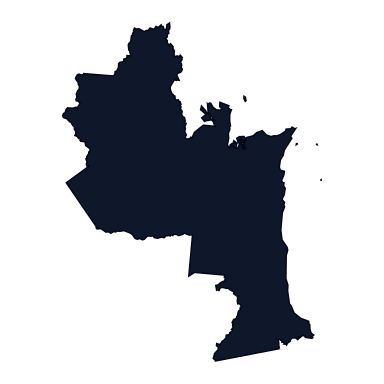 Lockhart River, Queensland, Australia (orthographic projection)
{"feature_id": "25037944B30530613092043", "entity_name": "Lockhart River", "entity_type": "district", "adm_level": 2, "iso_a3": "AUS", "parent_name": "Australia", "parent_adm1": "Queensland", "projection": "orthographic", "projection_center": [143.259, -13.018], "detail": "fine", "context": "isolated", "style": "filled", "palette": "ink", "viewbox_px": 384, "rotation_deg": 0, "n_neighbors": 0, "source": "geoboundaries", "source_scale": "gbopen_adm2", "svg_char_len": 5969}
<svg xmlns="http://www.w3.org/2000/svg" viewBox="0 0 384 384"><path d="M313.7,335.1L311.4,333.3L310.7,331.9L309.9,328.8L309.7,324.4L308.9,323.8L308.7,321.3L300.7,318.3L294.1,313.0L291.0,305.7L289.4,303.8L287.6,290.7L287.9,285.1L285.9,278.8L286.2,255.6L287.7,250.1L287.1,247.3L282.0,239.8L280.8,230.3L282.3,212.8L284.6,206.6L283.8,205.1L284.5,202.3L282.4,200.0L282.1,198.8L284.2,194.7L285.2,188.3L283.6,185.7L284.0,182.9L282.8,182.8L281.5,180.5L283.8,175.1L284.4,171.3L280.2,170.2L279.3,166.9L280.4,159.8L283.1,155.5L284.3,150.0L291.6,138.7L291.8,138.2L290.7,137.3L291.0,135.5L295.7,128.5L294.9,128.8L292.0,127.1L290.9,128.8L286.1,129.1L285.4,131.3L280.2,134.7L276.7,135.9L273.8,135.8L271.1,136.6L266.3,135.0L262.3,130.7L256.7,132.6L253.2,135.8L246.7,137.5L244.1,144.6L245.8,148.2L245.3,149.3L243.5,149.2L241.9,148.1L242.2,144.4L241.4,143.7L239.2,144.7L238.4,147.0L236.2,148.9L232.6,146.0L230.2,146.0L229.7,148.2L229.1,147.5L228.4,147.7L228.7,146.7L227.3,145.2L228.7,138.6L228.3,133.3L229.9,129.3L229.6,126.9L230.5,125.9L229.7,121.2L229.7,114.3L231.4,109.8L229.9,109.8L229.6,108.7L228.1,108.3L228.8,105.7L219.9,102.3L219.7,106.8L221.3,107.4L221.0,110.1L216.5,109.9L212.9,107.1L210.7,103.2L209.5,103.0L207.8,104.4L207.5,104.0L208.1,111.8L212.9,117.9L212.3,119.1L214.5,120.3L213.4,120.8L212.8,120.0L211.9,120.2L213.6,122.1L214.7,126.3L203.4,125.2L194.5,132.3L191.8,138.3L191.6,137.5L190.7,137.2L190.0,138.4L186.6,139.3L185.2,137.4L186.3,134.9L184.7,131.5L185.4,128.3L184.8,126.9L186.1,123.4L184.3,123.0L185.2,121.1L184.6,117.8L183.8,117.0L182.9,116.9L181.5,114.4L182.2,111.7L181.2,109.9L180.2,109.6L181.0,106.8L180.1,105.5L181.0,104.3L180.0,101.6L178.9,101.5L178.4,99.8L176.6,100.2L175.2,99.1L174.9,96.1L173.6,95.6L173.1,94.5L172.0,93.9L170.3,89.5L170.1,86.9L173.9,80.5L174.8,79.7L176.4,80.5L177.1,79.9L179.1,80.3L176.7,75.0L177.6,73.4L180.6,72.3L181.9,70.5L182.2,68.8L181.1,67.6L181.7,65.4L181.3,63.3L180.2,62.7L182.1,59.3L181.8,58.1L182.3,57.5L180.5,55.5L180.5,56.2L179.9,56.5L179.6,56.0L178.9,56.7L178.4,56.3L177.7,56.9L177.1,55.9L174.9,56.8L173.9,54.1L174.4,50.8L172.6,47.9L173.2,46.9L170.6,43.7L169.4,45.0L168.5,44.4L167.1,42.6L167.3,40.5L165.1,38.4L167.0,37.5L167.6,33.9L168.7,33.4L168.6,29.9L169.6,29.0L169.9,27.2L169.5,23.0L166.8,24.9L166.9,26.5L165.9,30.0L163.9,29.2L163.2,26.5L161.5,26.1L161.1,24.9L158.2,27.6L156.1,26.4L154.0,29.4L150.1,28.0L148.1,30.4L146.1,30.6L144.3,31.7L138.9,28.7L136.6,29.1L134.4,28.1L133.5,30.3L133.6,32.6L132.6,33.2L132.7,34.7L131.5,35.8L130.7,41.7L128.8,43.5L128.3,45.0L128.8,49.9L129.7,51.2L130.6,55.1L129.6,55.9L127.0,55.6L127.0,57.5L126.3,58.4L123.7,59.2L123.9,61.6L120.0,62.3L118.6,63.6L118.5,67.5L117.2,69.7L117.3,70.7L115.1,71.6L115.1,73.5L113.6,76.0L83.8,73.6L83.8,74.3L81.4,75.1L79.2,74.2L77.5,74.6L76.1,76.9L75.5,78.7L78.3,82.7L78.3,84.4L79.6,86.5L79.0,89.5L77.7,90.8L76.3,94.1L77.0,97.1L75.9,99.5L76.3,100.9L78.4,101.1L80.0,103.6L77.9,106.7L77.4,109.1L76.1,107.2L73.0,108.2L67.4,107.9L66.1,109.4L65.1,112.8L63.6,113.4L62.7,115.5L63.4,117.5L67.6,119.1L68.1,120.3L69.2,120.7L69.3,121.7L70.9,122.0L72.7,125.4L74.4,126.8L74.3,129.3L75.9,131.2L75.7,134.0L74.9,135.5L77.2,136.4L78.8,138.5L80.6,138.9L80.1,140.5L80.7,141.2L84.5,141.7L86.5,141.3L85.1,142.4L85.7,145.6L90.1,148.7L89.8,151.4L88.8,151.9L88.7,153.6L86.7,156.7L87.0,158.3L85.9,158.8L87.2,162.1L86.4,163.5L86.7,165.8L89.0,166.2L66.3,182.8L96.8,227.4L96.2,227.9L97.0,228.9L101.0,228.6L105.9,232.1L108.6,231.9L111.0,233.2L113.7,231.5L115.3,232.0L117.7,231.0L119.8,231.3L124.0,230.6L130.4,233.1L132.4,234.6L135.1,238.4L137.5,239.3L139.1,238.4L142.5,239.8L144.2,239.3L146.9,236.5L149.0,235.9L151.0,236.2L152.7,235.7L154.5,237.7L157.5,238.2L161.6,237.2L164.1,237.7L166.3,235.6L167.7,235.8L168.2,235.2L170.3,236.0L170.8,234.8L172.9,235.5L173.2,234.4L176.7,234.4L178.0,235.5L179.0,235.5L182.7,234.4L184.3,233.1L189.2,235.1L191.2,234.8L192.5,235.3L188.8,276.1L194.5,272.4L225.0,275.1L224.2,277.1L225.5,278.5L224.8,279.9L225.0,281.3L223.5,281.2L220.3,282.8L218.5,284.7L215.8,285.5L216.6,290.1L217.2,289.7L219.0,290.5L220.2,287.9L222.5,287.4L226.7,288.4L228.3,288.1L229.2,289.3L233.7,291.8L234.3,292.6L233.6,293.5L233.9,294.0L237.1,296.2L237.6,297.0L237.3,301.2L237.7,303.8L239.6,303.7L241.6,306.6L241.7,307.1L240.4,307.3L240.0,308.8L240.6,309.8L238.7,310.8L237.6,314.4L237.8,315.4L236.6,316.9L236.8,317.9L235.0,319.2L233.7,319.4L232.1,322.7L233.1,323.6L232.6,324.6L233.0,327.8L231.6,329.3L232.2,329.5L232.2,331.0L229.7,332.8L229.7,333.8L228.7,334.8L226.3,335.1L226.0,337.9L223.5,340.6L222.3,341.1L220.9,343.5L219.5,344.5L216.7,343.6L216.5,345.7L218.4,347.3L218.1,349.6L214.6,353.6L213.3,358.5L214.9,359.7L215.4,361.0L279.0,348.7L278.6,348.2L279.3,347.0L278.6,345.5L278.9,344.1L278.3,339.3L279.7,339.2L280.6,340.2L281.8,340.3L282.0,342.3L283.8,342.1L284.4,343.1L283.8,344.0L285.9,344.2L286.6,345.0L287.5,343.2L290.3,341.1L290.3,339.9L292.3,337.8L296.1,338.1L297.6,339.6L299.0,338.4L298.3,337.9L298.9,336.9L300.2,337.4L302.2,335.7L303.3,335.5L304.7,336.2L305.4,337.4L312.1,338.3L312.8,337.7L312.0,336.5L313.7,335.1ZM204.6,121.5L206.0,120.7L212.7,119.7L210.6,118.5L210.2,115.7L209.1,114.1L206.5,112.5L205.6,110.6L201.5,106.0L200.6,109.7L206.1,114.5L201.7,117.8L204.6,121.5ZM232.3,143.3L230.4,144.8L233.3,145.7L234.9,147.5L236.1,147.6L236.9,143.5L234.5,142.6L232.3,143.3ZM241.0,139.1L242.2,140.6L243.7,140.4L244.9,139.4L245.2,138.1L244.0,136.5L241.1,136.6L241.0,139.1ZM239.5,136.6L236.8,138.2L237.2,139.7L238.9,140.1L240.7,139.6L240.5,136.9L239.5,136.6ZM242.7,140.9L243.6,145.4L242.5,147.4L245.1,148.0L243.8,144.6L244.8,141.7L244.5,140.7L242.7,140.9ZM238.0,142.3L239.2,143.3L241.8,142.3L240.8,141.0L239.3,140.7L237.7,140.9L238.0,142.3ZM246.0,100.7L245.4,97.1L244.0,96.3L243.9,98.6L245.2,101.3L246.0,100.7ZM233.5,141.4L234.2,142.2L236.1,142.5L233.8,140.7L233.5,141.4ZM296.3,144.7L297.3,144.0L297.2,143.7L296.5,143.6L296.3,144.7ZM316.7,143.6L316.6,144.5L317.1,144.7L316.7,143.6ZM321.3,180.9L321.1,179.7L320.9,179.9L321.3,180.9Z" fill="#0f172a" stroke="#020617" stroke-width="1.5"/></svg>